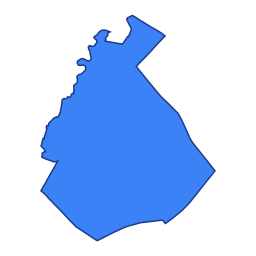 Stejaru, Teleorman, Romania (orthographic projection), rotated 270°
{"feature_id": "2599482B19320375788704", "entity_name": "Stejaru", "entity_type": "district", "adm_level": 2, "iso_a3": "ROU", "parent_name": "Romania", "parent_adm1": "Teleorman", "projection": "orthographic", "projection_center": [24.865, 44.177], "detail": "fine", "context": "isolated", "style": "filled", "palette": "blue", "viewbox_px": 256, "rotation_deg": 270, "n_neighbors": 0, "source": "geoboundaries", "source_scale": "gbopen_adm2", "svg_char_len": 3552}
<svg xmlns="http://www.w3.org/2000/svg" viewBox="0 0 256 256"><g transform="rotate(270 128 128)"><path d="M85.1,215.0L89.3,211.7L93.8,208.2L106.2,198.3L109.8,195.4L113.4,192.6L116.2,190.8L117.9,189.9L130.2,184.4L137.0,181.2L142.4,178.3L151.4,169.4L158.4,162.0L158.8,161.6L164.1,157.0L169.8,152.3L178.3,145.3L189.5,136.2L192.9,139.4L197.7,144.1L204.0,150.1L213.3,158.6L220.0,165.1L222.6,161.8L225.4,157.5L228.9,151.3L230.2,149.1L230.7,148.3L235.0,141.3L237.0,137.9L238.1,136.7L240.6,132.4L238.0,127.2L236.5,126.8L234.7,127.5L227.1,131.5L221.6,129.4L219.2,128.4L219.4,127.6L211.9,122.5L212.9,116.2L214.9,105.1L216.2,106.0L216.6,105.8L217.1,105.3L217.6,105.5L217.9,105.8L219.4,106.5L220.0,107.5L221.5,107.9L222.5,107.8L223.2,108.0L224.1,110.1L225.4,107.0L226.0,104.1L225.7,101.5L223.9,99.0L221.4,97.3L219.4,94.3L218.6,93.9L217.6,94.3L216.9,95.5L215.7,96.6L214.2,96.9L212.3,96.0L209.8,94.0L209.5,92.3L210.3,90.4L210.2,89.2L209.1,88.3L206.7,88.7L205.0,89.8L200.6,90.5L198.0,91.2L195.9,90.6L194.8,88.4L196.9,84.4L197.5,82.1L196.5,79.9L194.7,77.4L192.8,77.3L190.9,78.4L190.5,80.2L191.1,82.9L190.2,84.9L188.1,86.0L185.7,85.2L181.9,81.2L181.5,79.1L180.1,77.3L178.8,76.8L177.3,77.5L174.3,77.4L173.3,77.2L171.2,74.5L170.3,73.7L167.8,74.1L166.7,73.7L165.4,74.5L163.9,73.4L162.4,73.9L162.1,71.7L159.6,70.7L158.9,70.5L158.7,70.4L158.8,70.0L159.2,67.6L158.0,67.3L157.5,66.4L157.3,63.5L156.4,62.3L149.9,61.4L148.3,61.1L147.4,61.0L146.6,60.8L145.4,60.6L144.9,60.5L144.3,60.4L144.0,60.3L143.4,60.1L142.5,59.7L141.6,59.3L140.9,58.9L140.3,58.7L139.4,58.3L138.7,58.0L138.9,57.5L139.1,56.6L139.1,56.4L138.9,56.1L138.7,55.7L138.4,55.0L138.2,54.4L138.0,54.2L137.8,53.9L137.5,53.5L137.4,53.4L137.2,53.2L136.7,52.7L136.1,52.2L135.0,51.1L133.9,50.0L132.7,48.8L131.6,48.5L130.1,48.2L130.3,46.8L128.1,46.2L127.7,47.0L127.2,46.9L125.8,46.5L124.2,46.0L122.4,45.4L120.5,44.9L118.4,44.3L117.2,44.0L117.7,43.2L116.1,42.8L114.3,42.2L112.6,41.8L110.8,41.3L110.1,41.0L109.9,41.2L109.1,41.9L108.3,42.6L107.3,43.5L106.5,44.1L106.1,44.5L105.9,44.7L105.6,44.9L105.2,45.0L104.6,45.3L104.2,45.5L104.1,45.3L104.1,44.9L104.1,44.3L104.0,44.1L103.8,43.5L103.4,42.9L103.2,42.6L102.8,42.3L102.3,42.2L102.0,42.1L101.6,42.1L101.2,42.1L100.8,42.2L100.2,42.2L99.9,42.2L99.7,42.1L99.4,41.9L99.3,42.1L99.2,42.2L98.9,42.2L98.7,42.1L98.2,42.9L97.4,45.2L97.2,45.3L97.0,45.8L96.7,46.6L96.5,47.3L96.2,48.3L96.0,48.6L95.8,49.3L95.5,50.3L94.9,51.7L94.7,52.3L94.5,52.6L94.4,53.0L94.4,53.3L94.2,53.7L94.1,53.9L94.1,54.1L94.1,54.3L94.2,54.8L94.3,55.2L94.4,55.6L94.6,56.4L94.9,57.8L94.5,57.6L94.0,57.2L93.4,56.9L92.8,56.5L92.1,56.1L91.4,55.7L90.4,55.2L90.0,55.0L89.9,54.9L89.4,54.7L89.1,54.5L88.7,54.3L88.3,54.1L87.9,53.8L87.3,53.5L86.8,53.2L86.1,52.8L85.6,52.5L85.2,52.2L84.9,52.1L84.6,51.9L84.2,51.7L83.4,51.2L82.6,50.8L81.9,50.4L81.1,49.9L80.4,49.5L79.3,48.9L78.3,48.3L76.8,47.5L75.8,46.9L73.6,45.8L72.2,45.0L71.4,44.5L70.4,43.9L68.9,43.0L67.8,42.5L67.0,42.0L65.8,41.3L65.2,41.0L64.6,41.7L63.7,42.7L63.6,42.8L62.1,44.6L59.8,46.8L58.5,47.9L58.3,48.0L56.6,49.6L55.0,51.3L54.9,51.5L52.8,53.3L52.7,53.4L50.9,55.2L44.4,61.6L35.0,70.3L29.4,75.9L23.1,85.3L19.7,90.4L15.6,96.7L15.4,97.3L15.7,97.9L16.1,98.8L17.9,102.3L21.4,109.2L24.4,115.3L26.2,119.3L28.2,123.7L30.0,128.4L30.3,129.6L30.9,131.8L33.4,141.0L33.9,145.7L34.2,148.5L35.9,162.5L33.3,164.6L32.5,165.2L33.4,166.7L37.6,172.3L41.2,176.8L41.9,177.8L44.1,180.4L47.0,183.5L51.6,188.0L54.7,190.7L60.1,195.0L64.6,198.6L68.1,201.4L71.3,203.9L72.0,204.5L72.8,205.1L74.0,206.0L77.9,209.2L81.8,212.3L85.1,215.0Z" fill="#3b82f6" stroke="#1e3a8a" stroke-width="1.5"/></g></svg>